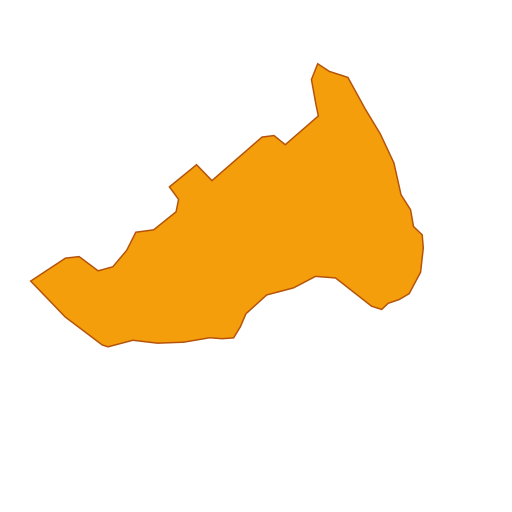 the border of Kyegegwa, rotated 49°
{"feature_id": "UGA-5611", "entity_name": "Kyegegwa", "entity_type": "District", "adm_level": 1, "iso_a3": "UGA", "parent_name": "Uganda", "parent_adm1": "", "projection": "robinson", "projection_center": [31.032, 0.442], "detail": "fine", "context": "isolated", "style": "filled", "palette": "amber", "viewbox_px": 512, "rotation_deg": 49, "n_neighbors": 0, "source": "natural_earth", "source_scale": "10m", "svg_char_len": 787}
<svg xmlns="http://www.w3.org/2000/svg" viewBox="0 0 512 512"><g transform="rotate(49 256 256)"><path d="M227.5,427.2L222.3,430.4L176.9,440.0L127.1,442.5L132.6,401.2L140.4,389.9L163.6,384.9L170.2,371.1L166.9,349.9L159.2,331.1L169.1,316.1L170.2,287.3L162.5,277.3L147.0,276.0L148.1,241.0L170.2,239.8L170.2,173.4L176.9,163.4L191.2,160.9L191.2,117.1L180.2,110.9L159.2,98.4L151.4,83.3L164.7,79.6L181.5,69.5L216.6,77.1L245.4,82.1L276.3,90.9L305.0,106.4L322.5,109.0L337.1,117.8L349.1,116.7L359.7,124.5L376.2,142.4L384.9,165.1L382.8,176.4L378.4,187.3L378.8,196.2L369.8,201.7L324.7,210.4L310.4,224.5L304.7,248.5L292.4,273.5L293.0,301.5L299.1,314.1L303.1,326.6L296.2,335.8L287.3,344.6L273.6,367.1L257.2,387.5L238.8,404.2L227.5,427.2Z" fill="#f59e0b" stroke="#b45309" stroke-width="1.5"/></g></svg>